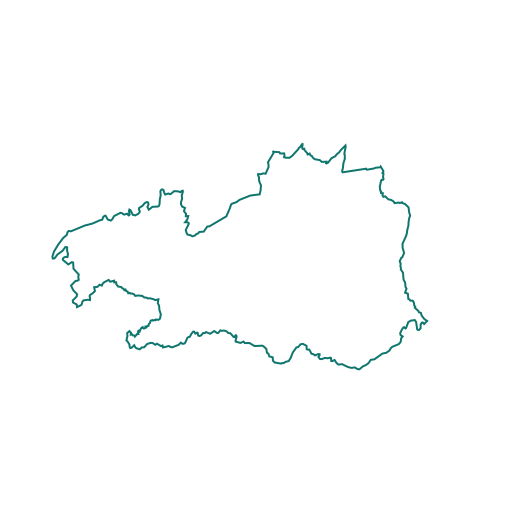 Celica, Loja, Ecuador, rotated 27°
{"feature_id": "8360857B35359374832073", "entity_name": "Celica", "entity_type": "district", "adm_level": 2, "iso_a3": "ECU", "parent_name": "Ecuador", "parent_adm1": "Loja", "projection": "equal_earth", "projection_center": [-80.041, -4.165], "detail": "fine", "context": "isolated", "style": "outline", "palette": "teal", "viewbox_px": 512, "rotation_deg": 27, "n_neighbors": 0, "source": "geoboundaries", "source_scale": "gbopen_adm2", "svg_char_len": 6137}
<svg xmlns="http://www.w3.org/2000/svg" viewBox="0 0 512 512"><g transform="rotate(27 256 256)"><path d="M322.3,123.2L321.7,124.2L316.0,128.5L315.3,128.8L314.5,128.2L295.2,142.1L294.2,141.3L293.5,138.2L291.8,133.8L291.0,129.0L288.9,125.2L288.3,124.9L286.3,118.0L285.5,116.9L283.4,123.4L283.1,125.7L281.7,128.9L281.4,131.1L278.9,134.5L277.8,140.2L276.7,141.6L276.3,141.6L275.9,140.0L271.9,142.3L269.3,141.6L264.4,143.1L262.0,142.6L260.3,141.5L258.8,141.6L257.3,140.4L255.9,142.1L254.9,141.1L251.1,139.6L250.3,138.5L248.9,139.4L247.8,138.2L246.5,134.4L245.7,139.4L245.1,140.3L245.2,141.5L242.7,150.5L241.2,153.3L237.6,155.1L236.1,155.2L235.9,153.7L234.5,151.8L231.0,153.7L229.7,152.9L224.4,155.1L223.3,154.9L224.9,156.2L224.1,167.1L225.4,168.5L226.8,171.0L227.2,178.3L225.0,179.1L223.0,181.0L220.7,182.1L221.4,183.4L223.0,184.5L223.6,186.1L225.7,188.7L228.4,190.8L230.3,195.5L231.3,199.4L223.5,204.7L215.8,213.5L214.2,216.8L210.9,220.3L210.4,221.5L211.0,225.0L211.6,234.1L201.1,250.6L199.2,251.9L198.4,258.0L194.6,260.3L194.0,262.4L192.9,263.5L192.3,265.5L190.3,267.4L188.3,267.2L185.4,268.0L183.9,267.2L181.6,264.7L181.5,257.9L181.1,257.2L179.9,257.0L177.5,258.1L178.2,254.7L177.5,251.2L175.4,252.4L174.4,250.1L171.5,248.8L170.9,245.4L167.8,245.5L165.6,243.9L164.7,241.9L164.2,238.6L162.3,235.6L161.7,232.0L161.1,231.1L160.4,231.6L159.6,233.5L157.4,233.7L153.6,235.4L151.9,239.4L151.2,240.1L149.5,240.1L147.3,242.4L146.8,242.4L143.5,239.2L142.1,239.2L141.5,240.0L141.4,241.7L143.5,245.2L144.7,249.5L146.4,253.3L146.8,255.3L146.1,256.5L141.4,259.2L139.5,263.4L137.0,261.6L136.8,259.0L135.9,257.6L135.1,257.2L133.8,257.9L132.8,259.6L132.1,262.8L130.1,266.2L130.4,267.6L132.2,268.9L132.4,270.1L131.9,271.9L129.9,274.7L127.5,275.2L123.2,272.1L122.1,272.1L122.4,273.6L124.6,276.5L124.5,277.2L124.0,277.7L122.0,276.8L119.7,279.0L116.7,278.7L115.6,279.1L111.4,284.9L111.3,288.5L110.5,290.4L107.3,290.8L103.8,288.4L103.1,288.6L102.2,290.3L102.5,293.5L100.7,295.0L95.5,301.4L89.6,306.6L79.9,318.0L77.7,318.8L77.3,320.4L77.8,323.3L76.0,327.5L74.6,335.5L74.0,343.7L74.8,348.8L76.0,350.5L77.2,350.0L77.8,348.7L78.3,345.1L81.3,339.1L82.1,334.5L83.8,334.0L85.0,336.6L87.6,339.7L88.5,342.5L86.6,343.3L85.4,344.8L85.2,346.5L85.9,347.2L92.6,348.7L94.7,345.1L96.0,344.8L99.2,350.2L106.5,353.0L107.1,355.3L108.9,357.7L108.3,358.9L106.5,360.2L104.6,366.4L109.0,369.6L114.0,371.3L114.6,373.5L112.9,378.8L114.1,380.5L118.3,380.6L119.8,382.8L122.4,379.2L122.6,378.2L122.1,375.7L122.4,373.9L126.2,371.2L128.1,370.7L127.7,369.5L125.9,367.2L125.8,366.2L127.7,362.7L128.4,360.4L126.0,357.3L128.7,355.5L129.7,352.6L132.1,352.3L131.9,350.3L132.7,348.2L135.6,344.2L137.8,345.1L140.8,342.4L141.6,343.9L143.3,342.9L144.4,344.6L147.1,345.8L150.0,344.8L151.6,345.5L152.8,345.3L154.2,346.2L155.0,345.1L156.3,346.2L157.8,346.0L159.1,347.2L160.2,346.2L161.1,346.5L162.5,345.7L164.8,345.5L166.4,346.4L169.1,344.6L172.9,343.2L175.2,343.7L177.4,342.8L178.8,343.0L180.5,341.9L183.7,341.1L186.4,341.0L188.7,338.9L189.9,342.6L192.2,344.3L194.4,347.9L197.7,351.2L198.9,355.4L198.1,357.1L195.6,358.1L195.7,358.8L194.5,359.2L193.6,360.3L192.8,360.1L191.5,361.5L191.9,363.9L191.4,365.4L191.9,367.1L191.1,367.6L191.0,368.3L190.5,368.4L190.5,369.5L189.6,369.3L189.8,370.6L189.1,371.5L188.2,371.6L187.3,370.8L186.5,372.3L186.4,374.9L185.8,375.1L185.1,376.6L185.7,376.9L185.8,377.6L186.2,377.4L185.7,378.7L186.4,379.0L185.5,379.7L184.7,382.7L184.0,382.0L182.3,382.7L180.9,382.0L180.1,382.9L179.3,381.0L177.3,380.4L177.0,381.7L176.1,382.8L175.8,382.6L177.8,385.7L178.9,390.1L180.3,390.4L183.5,392.4L184.5,394.1L185.7,395.1L186.8,394.2L188.0,390.8L189.8,392.1L191.4,392.5L194.8,391.9L195.7,389.4L197.8,388.1L199.0,383.8L201.5,381.3L203.3,380.5L206.6,380.8L207.6,379.1L212.3,379.4L213.3,378.2L214.7,379.7L219.3,375.7L221.2,375.9L222.8,375.4L227.3,370.4L228.4,367.3L230.5,367.6L232.0,366.4L232.3,365.4L232.0,360.2L232.4,359.2L233.7,358.0L233.8,354.3L234.5,351.7L235.3,351.5L237.2,352.7L238.3,351.0L238.8,350.9L240.6,353.1L241.9,353.0L243.1,351.7L243.9,348.6L245.3,348.0L246.0,346.5L250.4,346.1L252.9,341.8L256.3,342.3L257.4,341.5L258.0,338.4L259.6,338.2L261.3,336.9L264.2,336.5L266.2,337.2L268.3,336.5L272.8,338.3L273.6,338.0L273.8,335.9L274.4,335.7L275.3,336.6L276.3,341.0L276.9,341.5L281.6,340.5L283.8,337.9L285.5,338.7L289.7,336.5L295.6,336.9L302.2,333.1L303.5,333.0L307.4,334.1L309.6,337.2L311.4,337.4L313.4,339.4L316.9,338.7L318.6,341.6L321.0,342.4L327.2,340.5L327.8,339.6L329.2,338.9L330.5,336.8L332.8,334.8L333.2,331.1L332.6,325.3L333.5,319.1L334.9,318.0L335.8,314.4L337.7,313.0L341.8,313.1L343.4,315.9L344.2,316.1L346.0,315.2L349.9,317.9L351.9,317.4L353.7,317.8L356.1,315.0L357.2,314.6L357.7,315.4L357.4,317.6L359.7,318.7L361.3,318.1L363.7,315.5L366.2,314.6L368.5,312.8L369.1,312.8L370.7,315.4L371.6,315.1L373.2,313.0L376.6,314.9L378.8,315.3L381.8,313.3L388.3,313.2L392.0,312.3L394.6,310.4L397.6,310.7L399.6,310.0L401.4,305.7L403.4,303.4L404.9,300.3L405.4,296.4L408.4,294.3L412.9,285.6L416.0,283.1L417.8,279.7L418.0,276.7L418.7,275.0L423.2,269.7L423.9,266.9L422.7,263.4L423.2,261.1L420.8,260.9L419.5,259.3L419.4,255.3L419.8,252.8L420.2,252.2L422.1,252.7L422.4,252.1L421.7,245.8L423.2,243.4L426.5,241.0L428.6,242.1L432.7,247.9L433.4,248.4L434.7,248.1L435.5,245.8L433.8,242.2L434.0,240.1L434.7,239.5L436.7,240.3L438.0,236.2L434.8,235.8L430.8,234.0L428.7,231.8L426.7,232.2L425.5,231.2L421.0,230.0L420.9,228.8L419.6,228.4L417.9,225.9L415.9,224.7L413.8,225.7L412.5,225.0L411.2,225.1L408.4,220.6L405.5,221.0L404.9,216.7L403.3,215.7L400.8,211.8L398.3,210.2L394.5,204.1L391.2,202.3L390.4,200.6L389.3,199.6L388.5,197.3L386.4,195.4L386.3,191.7L386.9,190.7L386.6,186.1L382.9,182.1L381.0,178.6L380.6,169.7L379.9,166.5L379.0,164.3L378.0,159.7L376.6,156.7L375.3,152.6L375.0,150.0L373.0,148.0L369.8,143.4L365.2,142.0L362.1,142.4L361.6,141.9L360.2,143.5L358.9,143.6L355.4,146.0L354.0,145.0L351.0,144.7L348.2,145.4L343.9,144.2L342.7,145.4L341.2,144.6L340.5,142.5L338.8,143.1L338.2,141.7L337.1,141.4L334.9,138.2L333.3,132.3L333.4,131.1L334.5,130.6L334.7,129.5L333.4,128.1L332.1,124.6L331.0,124.6L331.0,122.5L326.5,119.7L326.5,120.5L322.3,123.2Z" fill="none" stroke="#0f766e" stroke-width="2"/></g></svg>